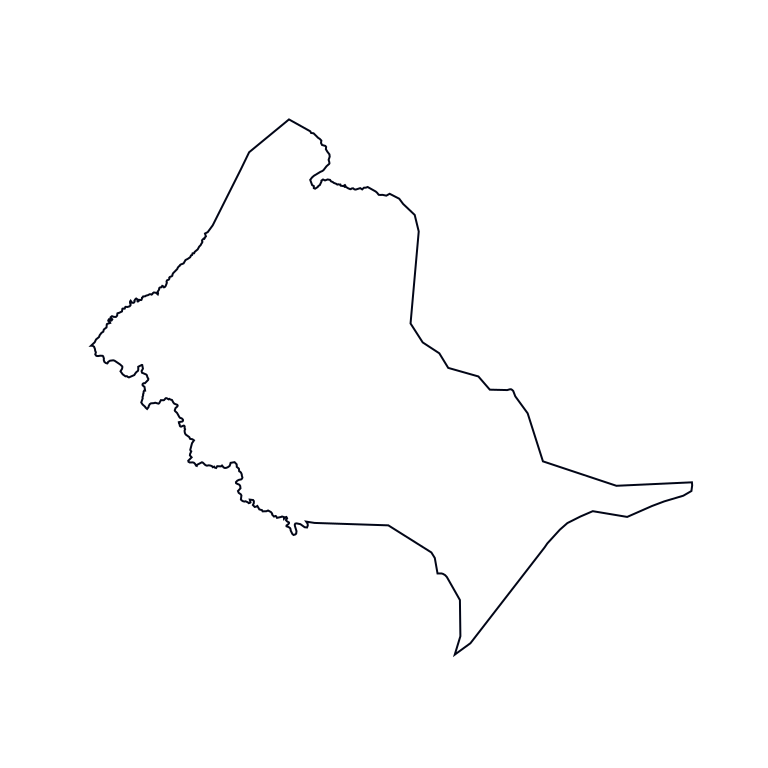 Santo Domingo Teojomulco, Oaxaca, Mexico (Mercator projection), rotated 76°
{"feature_id": "50627088B59545948667836", "entity_name": "Santo Domingo Teojomulco", "entity_type": "district", "adm_level": 2, "iso_a3": "MEX", "parent_name": "Mexico", "parent_adm1": "Oaxaca", "projection": "mercator", "projection_center": [-97.3, 16.59], "detail": "fine", "context": "isolated", "style": "outline", "palette": "ink", "viewbox_px": 768, "rotation_deg": 76, "n_neighbors": 0, "source": "geoboundaries", "source_scale": "gbopen_adm2", "svg_char_len": 6165}
<svg xmlns="http://www.w3.org/2000/svg" viewBox="0 0 768 768"><g transform="rotate(76 384 384)"><path d="M276.0,659.0L276.3,657.6L277.7,656.3L280.2,656.0L281.9,656.2L283.5,655.9L285.5,657.0L287.1,656.3L287.7,654.8L287.9,652.4L288.6,650.2L289.2,649.8L291.5,649.6L292.9,650.1L294.8,650.0L296.2,649.0L297.1,647.6L296.6,646.8L295.9,646.4L295.1,644.3L295.5,641.0L296.2,639.8L301.2,635.3L303.6,633.7L304.4,633.8L305.9,634.5L307.9,636.6L311.4,635.2L314.0,633.0L314.2,631.6L315.1,630.9L315.9,629.9L314.9,624.1L313.6,622.8L312.4,621.2L311.9,619.8L310.8,619.0L307.8,618.3L306.9,614.4L307.1,614.0L310.8,614.2L312.8,616.1L314.5,616.1L317.2,612.5L318.0,612.0L320.3,611.9L322.0,611.4L323.0,611.9L325.4,615.8L325.1,617.1L325.4,617.9L325.9,618.4L327.0,618.5L328.8,617.1L332.6,617.4L332.4,618.3L333.1,619.0L335.1,619.7L335.5,620.2L336.9,620.5L338.2,621.5L339.5,621.6L343.2,624.0L345.5,623.2L348.4,621.2L349.0,621.2L350.9,619.9L349.6,618.2L348.5,617.6L346.9,616.2L346.4,614.8L346.9,611.8L346.8,610.6L348.5,607.6L348.3,606.8L345.7,604.4L346.4,602.0L346.4,601.3L345.0,599.3L345.2,598.3L346.8,596.7L346.5,595.9L347.4,595.0L348.2,593.6L351.0,592.9L352.4,592.2L354.2,589.6L354.9,589.4L355.4,589.6L356.0,590.3L356.9,592.1L358.9,593.4L359.7,593.3L362.0,591.8L366.5,590.6L367.6,590.0L368.3,588.7L369.3,588.0L370.2,587.7L371.0,587.9L371.6,588.7L371.4,592.3L372.5,592.4L373.4,592.1L375.3,592.2L376.0,591.8L376.3,591.2L375.9,588.6L376.2,587.9L377.1,587.7L378.7,588.2L379.7,587.9L380.8,588.7L382.2,589.0L383.8,589.0L385.1,588.6L388.4,585.8L390.3,585.4L391.3,583.2L392.7,582.0L395.0,584.6L401.0,587.9L401.9,587.8L402.7,587.3L405.0,589.1L406.3,589.6L408.6,588.4L411.1,592.5L412.2,592.5L413.2,591.4L413.8,588.5L414.5,587.4L415.9,586.6L417.8,586.1L418.2,585.5L417.2,585.0L415.9,579.6L416.5,578.8L419.5,576.9L420.4,575.6L420.5,573.7L421.2,572.1L422.1,570.8L423.3,570.3L423.1,568.8L424.1,568.5L424.9,567.2L423.4,565.7L424.5,562.1L423.9,560.9L426.2,559.8L427.0,558.7L427.2,557.5L427.0,555.8L426.2,553.7L425.3,553.0L423.4,551.9L423.7,547.9L426.3,546.4L428.8,546.9L431.0,545.3L433.7,545.6L434.5,544.7L435.4,544.2L437.2,543.9L438.6,544.1L440.5,544.0L441.4,544.6L442.0,545.6L441.9,547.9L442.3,549.7L443.4,551.4L444.5,551.5L445.6,550.3L446.3,549.2L447.0,548.6L448.2,548.2L450.5,548.5L452.5,551.6L454.5,551.3L456.3,549.7L457.6,549.3L461.5,550.8L462.8,550.0L463.6,549.2L464.3,547.9L464.3,546.7L465.9,544.7L466.9,544.1L466.9,543.0L466.6,542.2L463.7,542.2L464.9,539.1L466.2,538.6L468.2,539.2L469.7,540.5L472.0,539.2L472.1,537.8L471.7,536.4L475.5,535.3L476.9,532.9L478.2,532.6L479.0,528.9L478.7,527.1L480.9,524.7L482.6,523.9L483.7,524.1L486.0,522.8L485.8,521.2L486.2,520.7L488.0,520.2L488.1,516.0L487.9,515.0L488.9,513.3L490.5,513.6L489.4,511.7L489.4,510.9L490.9,510.5L492.3,512.1L493.7,511.4L495.4,509.7L496.0,509.8L496.9,510.8L497.7,512.8L498.5,513.0L499.8,511.1L501.1,510.0L502.1,509.8L503.6,510.0L507.3,509.2L508.6,508.3L508.5,506.4L507.9,505.4L505.6,504.5L500.0,504.8L498.7,504.5L498.0,503.8L498.1,502.5L499.8,499.0L503.8,495.6L504.6,493.4L502.9,492.2L501.1,491.9L498.7,492.8L502.0,485.0L522.2,414.0L558.9,378.8L565.1,376.8L580.8,377.9L581.8,373.9L582.6,372.6L584.3,370.9L586.5,369.7L612.0,362.6L647.2,370.9L663.7,380.8L656.4,362.8L581.4,267.7L578.2,264.1L567.9,248.6L563.3,239.7L560.1,225.5L557.9,212.2L571.8,180.2L567.2,153.4L565.7,140.5L564.8,120.6L562.2,111.6L556.9,109.5L553.9,109.0L539.0,183.1L497.5,248.5L447.2,251.7L427.7,259.6L422.0,260.3L420.6,261.2L419.8,262.1L419.6,263.4L419.7,265.9L415.1,282.7L399.5,290.6L383.9,317.8L367.6,322.9L353.0,336.4L331.7,343.6L244.4,313.4L227.4,313.3L213.9,321.9L207.9,324.4L200.8,332.5L201.8,336.2L200.1,339.7L199.7,341.8L199.1,343.4L196.8,344.4L195.2,345.5L188.9,352.2L189.1,354.0L188.7,356.0L189.9,358.1L188.2,359.7L188.5,364.4L188.0,365.6L186.6,366.7L186.5,368.3L186.9,369.0L186.8,369.6L185.4,371.5L183.5,373.3L183.2,374.4L182.9,374.4L182.5,373.6L182.1,373.5L181.5,373.8L182.1,375.7L181.1,378.0L179.9,378.1L179.8,378.9L179.2,379.9L179.2,381.1L178.3,381.8L176.6,384.2L175.8,384.7L174.5,386.4L172.9,387.0L171.9,389.2L172.2,392.0L170.8,393.7L171.5,395.5L172.3,395.6L175.5,398.2L175.9,399.6L176.9,400.8L177.8,403.6L177.0,404.7L175.0,404.2L173.6,405.6L168.1,406.2L166.2,403.9L165.0,401.6L162.8,394.5L162.4,392.2L161.8,390.9L158.8,387.1L157.2,384.0L156.8,383.6L155.6,383.4L153.1,383.5L150.3,381.7L148.0,381.4L144.8,382.8L142.1,383.6L140.0,382.8L138.8,383.3L137.1,386.3L134.9,386.8L132.6,385.9L130.5,387.1L129.3,388.3L123.7,391.7L122.8,394.0L121.0,394.4L104.3,412.2L126.5,458.8L141.0,470.9L188.6,511.8L194.0,518.3L194.7,521.3L197.7,521.1L198.5,522.4L199.2,522.7L199.7,523.3L199.3,523.8L200.3,525.5L201.1,526.0L202.1,525.8L202.9,526.3L203.4,527.0L204.9,528.3L206.0,530.1L208.3,532.2L210.0,535.7L211.2,536.6L210.9,538.1L212.4,539.0L212.6,540.2L214.1,541.4L215.1,544.1L215.7,546.6L218.5,549.3L218.9,552.4L219.3,553.2L219.8,553.5L220.3,554.7L221.2,555.9L222.4,556.8L225.4,561.7L226.5,562.7L227.7,563.2L228.1,563.9L228.3,565.8L228.8,566.6L229.8,566.7L230.6,567.5L231.0,569.6L232.2,570.3L233.2,570.2L234.6,571.1L236.2,572.3L236.8,573.1L237.0,574.1L235.3,575.0L235.1,575.4L236.3,576.5L236.1,577.8L236.3,578.4L236.7,579.0L237.4,579.1L238.5,579.9L239.7,581.3L241.5,581.3L242.3,581.8L240.4,583.1L239.5,585.1L239.9,586.2L240.9,587.3L241.0,587.9L240.6,588.1L240.2,589.7L240.7,591.5L240.7,593.5L241.1,594.4L240.8,596.6L241.6,597.3L241.7,597.9L242.2,598.0L243.7,599.0L243.8,599.4L243.0,601.5L243.2,601.8L244.1,601.9L244.4,602.5L244.3,603.1L243.7,603.2L242.8,602.7L242.1,602.9L241.1,603.8L241.6,604.8L242.9,606.1L243.6,606.0L244.4,606.7L244.6,607.4L244.2,608.8L241.9,609.7L242.5,610.4L243.7,610.8L245.8,610.7L246.4,611.0L247.1,612.1L247.2,614.4L246.6,616.0L246.8,616.5L248.1,617.3L248.1,617.8L247.6,619.0L247.7,619.6L250.2,620.7L250.9,623.8L250.8,624.7L251.0,625.6L253.1,626.4L254.0,627.7L254.0,628.3L253.3,630.4L252.7,630.9L252.4,631.7L253.1,633.1L253.5,633.3L255.5,632.0L256.4,632.9L256.5,633.5L255.9,634.2L254.9,634.5L254.6,635.1L255.6,636.2L256.2,636.2L258.0,635.0L258.5,634.9L258.7,638.1L259.0,638.5L262.0,639.6L263.1,642.2L263.7,642.9L265.3,643.7L266.0,645.7L267.8,648.0L269.5,649.2L271.1,652.6L273.5,654.6L276.0,659.0Z" fill="none" stroke="#020617" stroke-width="2"/></g></svg>